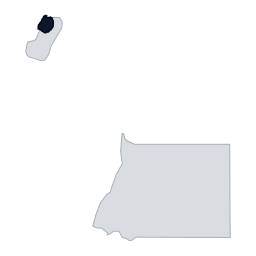 Malabo, Bioko Norte, Equatorial Guinea shown in context
{"feature_id": "11065452B197102371645", "entity_name": "Malabo", "entity_type": "district", "adm_level": 2, "iso_a3": "GNQ", "parent_name": "Equatorial Guinea", "parent_adm1": "Bioko Norte", "projection": "robinson", "projection_center": [8.719, 3.675], "detail": "fine", "context": "in_parent", "style": "filled", "palette": "ink", "viewbox_px": 256, "rotation_deg": 0, "n_neighbors": 0, "source": "geoboundaries", "source_scale": "gbopen_adm2", "svg_char_len": 2856}
<svg xmlns="http://www.w3.org/2000/svg" viewBox="0 0 256 256"><path d="M229.7,144.3L229.8,162.8L229.9,178.4L229.9,195.3L230.0,212.9L230.1,227.8L230.2,237.5L215.8,237.4L196.6,237.4L177.5,237.3L158.3,237.2L148.7,237.2L138.1,237.1L134.7,237.6L132.4,240.1L129.5,240.6L126.3,238.6L122.3,237.6L121.2,235.4L119.2,231.5L115.3,231.1L113.3,231.5L110.5,233.7L107.3,234.9L107.9,233.1L101.6,228.3L97.0,227.8L92.8,226.3L96.2,213.8L100.5,202.7L106.8,194.4L110.2,192.3L111.3,188.2L116.3,174.5L122.5,163.5L120.6,152.2L122.0,133.4L123.8,133.9L124.1,135.7L124.6,138.3L126.9,140.7L134.7,144.3L157.7,144.3L171.5,144.3L191.8,144.3L213.3,144.3L229.7,144.3ZM47.0,17.4L48.8,17.7L59.3,17.4L62.2,21.6L61.8,27.8L51.0,46.0L49.0,53.6L44.8,60.1L41.2,60.6L28.7,56.8L26.6,54.5L25.8,51.4L27.0,44.2L28.0,42.0L33.9,40.6L35.9,39.4L39.1,31.6L40.1,24.5L42.8,19.2L47.0,17.4Z" fill="#d9dde1" stroke="#a8b0b8" stroke-width="1"/><path d="M52.1,18.2L51.8,18.1L51.5,17.7L51.4,17.6L51.2,17.6L50.9,17.6L50.7,17.6L50.7,17.9L50.7,17.7L50.4,17.2L50.3,17.3L50.4,17.5L50.3,17.8L50.1,17.8L49.9,17.7L49.9,17.8L49.5,18.0L49.3,17.7L49.1,17.9L48.6,17.7L48.4,17.5L48.2,17.5L47.7,17.6L47.0,17.5L46.9,17.6L46.7,17.6L46.5,17.3L46.3,17.2L46.2,16.9L46.2,16.7L46.4,16.6L46.4,16.4L46.5,16.2L46.6,15.9L46.4,15.9L46.2,15.9L46.0,15.7L45.9,15.6L45.5,15.4L45.3,15.6L44.7,15.8L44.3,16.1L44.2,16.2L43.9,16.3L43.9,16.5L43.6,16.6L43.6,16.8L43.4,17.1L43.3,18.1L43.1,18.2L43.1,18.5L42.9,18.7L42.8,18.8L42.7,18.9L42.5,19.3L42.3,19.3L42.4,19.5L42.2,19.7L42.1,19.9L42.1,20.0L41.9,20.1L41.7,20.3L41.7,20.7L41.5,20.9L41.5,21.0L41.4,21.1L41.3,21.3L41.2,21.4L41.1,21.6L40.9,21.9L40.8,22.1L40.6,22.2L40.5,22.4L40.3,22.8L40.1,22.9L40.0,23.0L39.7,23.2L39.7,23.3L39.6,23.5L39.4,23.8L39.3,24.0L39.2,24.2L39.1,24.5L38.8,24.7L38.7,24.8L38.6,25.0L38.4,25.2L38.4,25.5L38.5,25.7L38.4,25.8L38.4,26.0L38.3,26.4L38.4,26.5L38.3,26.8L38.2,27.1L38.2,27.3L38.3,27.4L38.2,27.4L38.2,27.6L38.2,27.9L38.2,28.1L38.3,28.3L38.2,28.6L38.2,28.9L38.3,28.9L38.6,29.0L38.9,29.1L39.1,29.0L39.6,29.2L39.8,29.4L40.1,29.6L40.6,29.9L40.9,30.0L41.1,30.2L41.4,30.5L41.7,30.8L42.0,31.1L42.3,31.3L42.7,31.3L43.1,31.4L43.2,31.6L43.3,31.7L43.5,31.9L43.7,32.1L43.9,32.2L43.9,32.3L44.0,32.4L44.4,32.5L44.6,32.7L45.1,32.8L45.5,32.7L46.0,32.7L46.3,32.4L46.9,32.1L47.2,32.1L47.5,32.0L47.9,31.9L48.1,31.9L48.4,31.9L48.5,31.7L48.5,31.4L49.0,31.3L49.2,31.1L49.3,31.0L49.3,30.9L49.5,30.6L49.7,30.1L49.8,29.9L50.2,29.8L50.6,29.9L50.8,29.9L51.0,29.7L51.1,29.4L51.1,29.2L51.2,28.9L51.3,28.6L51.5,28.4L51.8,28.3L52.0,28.2L52.3,27.8L52.4,27.6L52.5,27.4L52.7,27.1L52.8,27.0L52.9,26.9L53.1,26.3L53.1,25.8L53.2,25.4L53.2,24.8L53.1,24.5L53.2,24.1L53.2,23.7L53.3,23.2L53.3,22.9L53.3,22.5L53.3,22.0L53.2,21.6L53.2,21.3L53.2,21.1L53.2,20.8L53.0,20.5L52.8,20.2L52.6,19.9L52.3,19.6L52.2,19.3L52.1,19.1L52.0,18.8L52.1,18.7L52.0,18.3L52.1,18.2Z" fill="#0f172a" stroke="#020617" stroke-width="1.5"/></svg>